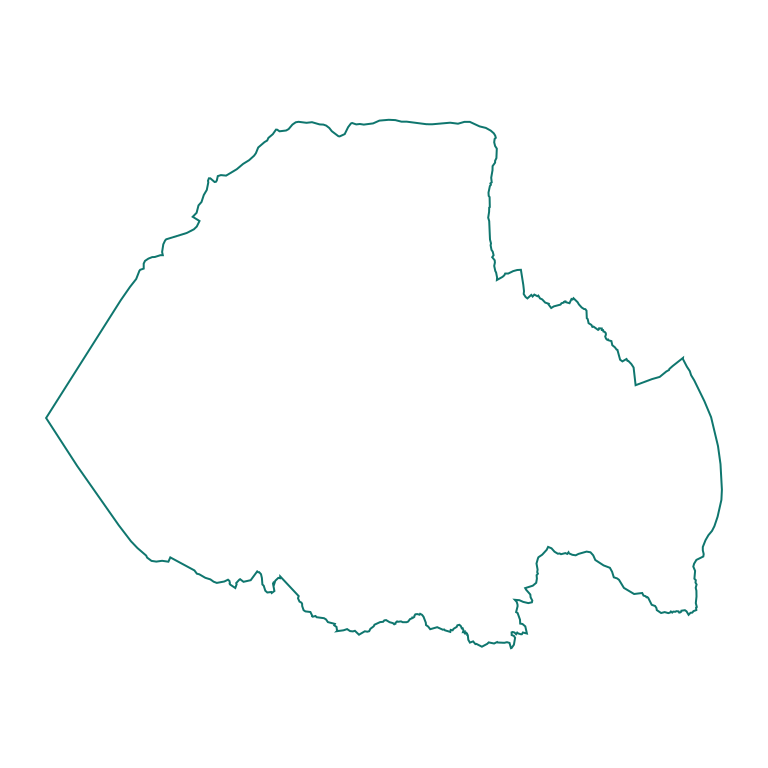 Musanze, Northern, Rwanda
{"feature_id": "39286606B17052688720067", "entity_name": "Musanze", "entity_type": "district", "adm_level": 2, "iso_a3": "RWA", "parent_name": "Rwanda", "parent_adm1": "Northern", "projection": "natural_earth1", "projection_center": [29.637, -1.492], "detail": "fine", "context": "isolated", "style": "outline", "palette": "teal", "viewbox_px": 768, "rotation_deg": 0, "n_neighbors": 0, "source": "geoboundaries", "source_scale": "gbopen_adm2", "svg_char_len": 6125}
<svg xmlns="http://www.w3.org/2000/svg" viewBox="0 0 768 768"><path d="M450.3,631.9L450.7,629.9L452.6,630.3L453.6,628.8L456.7,626.9L457.4,625.3L459.4,624.8L460.9,626.2L461.8,628.4L462.6,628.2L463.5,630.4L463.0,632.0L464.7,631.6L464.4,632.8L465.1,633.6L466.1,632.7L467.1,633.6L467.2,635.0L467.8,635.2L468.3,639.8L469.9,642.6L473.1,641.4L475.4,644.1L476.4,643.9L481.9,646.7L487.3,643.8L488.7,642.4L494.1,643.5L497.2,642.0L497.7,642.5L504.3,642.8L507.0,642.2L509.5,642.9L511.0,648.2L511.6,648.0L513.9,644.7L515.1,637.8L513.9,635.9L511.7,635.1L511.6,632.4L512.6,632.0L514.5,632.5L516.1,634.2L517.2,632.6L518.1,633.4L521.1,634.3L521.9,634.2L522.9,632.5L526.9,633.5L525.3,626.4L522.5,624.0L520.2,623.6L520.0,619.7L517.6,613.0L516.1,612.1L517.6,606.2L517.5,604.5L516.7,601.9L514.8,599.8L519.4,600.2L523.2,601.9L528.3,603.1L531.9,602.3L532.3,600.6L530.6,597.3L530.3,594.5L526.1,589.7L525.2,588.1L532.8,585.7L536.2,582.8L536.9,578.6L536.6,575.2L537.9,573.7L537.2,572.1L537.6,569.7L536.5,563.5L538.0,558.2L538.5,557.2L542.2,554.7L546.7,549.8L548.1,546.9L551.5,548.3L554.5,551.7L557.8,553.7L559.7,553.5L561.0,554.2L565.4,553.1L567.2,553.9L568.5,552.3L568.9,553.3L572.3,554.8L575.7,555.3L578.5,553.9L586.6,551.6L590.5,552.3L593.2,555.3L595.3,560.0L603.6,565.4L609.9,567.8L612.1,571.8L613.8,577.3L617.1,578.4L619.0,579.8L623.9,587.9L634.1,594.0L642.2,593.0L643.5,595.6L645.6,596.2L646.5,597.3L647.4,597.1L648.3,598.0L651.7,604.8L655.1,606.0L656.4,608.0L656.8,610.1L661.1,613.0L664.7,612.1L668.3,613.1L670.0,612.6L670.9,611.5L672.2,612.6L673.3,611.6L675.3,611.8L676.3,611.2L678.5,611.4L679.2,612.6L680.0,612.5L681.2,611.7L681.4,610.7L684.9,610.2L686.5,611.3L688.6,614.8L690.5,612.8L692.3,612.6L693.5,611.1L696.3,610.1L696.1,607.6L696.8,607.0L695.8,603.1L696.5,596.6L696.4,590.7L695.7,587.8L696.6,584.5L695.5,582.6L695.8,580.2L694.4,578.7L695.1,570.9L693.3,566.6L694.1,563.7L696.4,559.9L703.3,556.5L703.7,554.1L702.8,550.3L702.8,547.0L705.5,540.2L708.4,535.2L712.0,530.9L714.4,526.2L717.6,516.7L721.4,499.9L721.9,489.7L720.5,464.1L718.0,446.1L711.1,417.2L704.4,401.2L694.2,380.3L691.1,375.2L689.8,371.1L686.9,366.7L682.9,359.0L683.0,357.9L672.7,366.0L669.4,368.9L669.0,370.0L666.3,371.5L659.7,376.9L652.0,379.1L635.6,385.2L633.6,367.5L631.3,364.0L628.3,360.9L627.5,360.9L626.5,359.0L622.4,361.4L620.1,359.7L617.4,349.8L616.6,349.6L614.9,347.3L612.3,345.2L611.4,341.1L608.2,340.2L608.0,339.5L607.1,339.7L606.0,338.6L605.2,336.5L605.9,334.8L605.8,333.2L604.7,331.9L603.4,331.5L603.1,330.1L601.8,330.0L601.8,328.5L599.1,328.3L598.8,329.4L598.1,329.9L593.5,326.6L592.4,326.9L591.4,324.9L588.6,323.2L587.7,319.1L586.8,318.2L586.5,310.7L585.4,309.2L584.0,309.0L581.7,307.5L578.9,304.4L577.6,302.2L573.5,298.2L572.6,299.5L571.5,299.0L569.5,303.2L565.9,302.2L565.6,301.4L564.9,301.4L563.9,301.9L563.7,302.6L561.5,303.2L560.5,304.6L553.8,306.4L551.2,308.0L548.3,304.1L548.6,303.7L545.2,302.6L542.2,299.4L540.0,298.4L538.3,295.6L537.4,296.2L534.3,294.6L532.6,296.5L531.3,294.9L527.4,298.4L525.6,297.0L523.7,294.0L524.0,291.1L523.3,284.9L520.9,269.8L517.2,270.0L513.2,271.1L508.3,273.5L505.2,273.5L504.3,275.3L502.5,276.9L496.9,280.0L497.1,277.6L496.1,272.5L495.3,271.0L494.2,265.9L494.9,262.6L494.7,260.3L492.2,257.2L493.6,255.2L492.7,251.6L491.5,249.9L490.6,245.2L491.0,243.4L490.0,239.6L489.2,221.1L488.2,217.7L489.1,211.8L489.2,207.6L489.8,207.1L489.6,197.1L488.7,195.9L488.5,192.6L489.9,186.0L490.9,184.8L490.4,183.4L491.7,182.4L491.2,177.7L492.5,170.3L492.6,166.1L495.1,162.6L495.1,160.8L496.4,158.1L496.8,148.6L495.1,146.0L494.2,142.3L494.6,139.0L495.8,137.8L495.2,135.6L493.8,133.3L490.7,130.6L485.8,127.9L479.6,126.4L469.9,121.9L464.3,121.9L458.0,123.7L450.2,122.7L431.9,124.3L426.4,124.2L407.0,121.7L401.6,121.7L395.3,120.1L388.7,119.8L379.4,120.6L373.1,123.4L363.8,124.6L359.9,124.0L356.2,124.4L352.1,123.0L350.9,123.5L348.1,127.2L344.7,134.1L339.7,136.4L338.4,136.2L331.8,131.2L329.3,128.0L326.2,125.6L323.4,124.6L319.6,124.4L312.0,122.2L306.5,122.8L298.5,121.8L295.7,122.3L292.4,124.6L288.6,129.1L286.1,130.5L279.5,131.3L277.2,129.7L276.0,129.6L272.8,134.2L268.4,137.9L267.2,140.5L264.5,142.1L258.2,147.5L255.9,153.2L254.1,155.7L249.1,160.2L243.1,163.9L236.8,169.2L226.1,175.6L220.9,175.1L217.8,176.1L216.8,180.5L215.9,181.8L214.6,182.0L210.3,178.3L208.9,178.3L208.0,180.8L208.3,182.4L206.8,189.9L203.8,195.0L201.5,202.0L198.5,205.4L196.6,212.8L192.7,216.8L199.5,221.0L196.8,226.5L193.9,229.3L186.7,233.0L166.2,239.3L165.1,240.5L163.3,244.3L162.1,252.0L162.8,255.2L160.4,255.2L154.8,257.0L152.2,257.1L148.4,258.6L145.0,260.9L143.7,263.6L143.7,268.6L140.2,269.8L139.4,270.8L136.2,279.0L130.0,286.9L120.7,300.3L46.1,418.0L77.2,466.0L118.7,525.2L131.0,541.3L137.4,548.0L146.2,555.6L147.1,557.6L151.5,560.9L156.3,561.6L162.1,560.8L168.4,561.7L170.3,557.4L194.4,570.4L196.9,573.7L199.3,574.3L205.3,577.8L210.4,579.4L213.6,581.7L216.8,582.9L224.3,581.5L228.0,579.7L229.4,580.9L229.9,583.0L229.6,583.7L230.2,584.6L235.3,588.0L236.6,584.3L236.2,583.1L239.3,579.7L240.1,579.2L243.5,581.8L250.7,580.2L257.2,571.4L258.3,572.3L259.2,572.2L261.0,574.2L261.9,578.0L262.4,584.5L263.7,585.7L265.3,590.7L267.3,592.5L271.2,592.0L271.7,593.0L274.4,591.0L273.0,583.6L273.4,582.8L274.2,584.1L275.3,580.7L278.3,577.9L280.1,578.2L280.2,576.4L298.7,596.1L298.0,598.2L298.3,599.0L299.5,601.6L301.4,602.6L302.1,603.8L302.2,606.1L303.6,610.2L305.4,611.4L310.4,612.0L312.1,615.5L312.0,616.2L312.7,616.7L315.5,616.0L316.6,617.2L324.0,618.2L326.0,619.4L327.9,622.1L334.9,623.9L334.2,625.3L336.5,626.9L336.9,629.7L337.5,630.5L336.8,631.2L343.5,630.3L347.1,629.1L350.1,631.1L352.9,631.4L354.9,630.8L359.0,634.7L364.8,631.3L367.4,631.7L369.2,631.2L370.4,628.8L373.7,626.3L374.5,624.7L380.1,622.1L383.1,621.8L384.3,620.4L386.1,620.1L389.6,622.2L392.9,623.1L394.2,624.3L395.5,623.7L395.5,622.8L397.1,621.4L397.8,621.8L401.0,621.4L402.7,622.2L406.6,622.2L408.1,621.6L410.0,619.1L412.0,618.3L412.3,617.5L413.2,617.7L414.3,616.9L414.5,615.6L415.4,614.3L417.4,614.1L419.5,614.7L420.1,613.8L422.0,614.8L423.5,616.7L425.8,622.7L426.0,625.0L428.2,626.6L430.2,629.2L437.2,627.2L442.8,629.7L444.2,629.5L444.9,630.3L450.3,631.9Z" fill="none" stroke="#0f766e" stroke-width="2"/></svg>